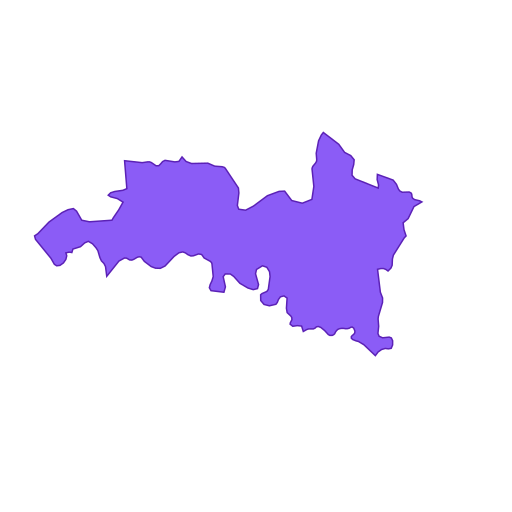 the Metropolitan department of Haute-Garonne, rotated 52°
{"feature_id": "FRA-5298", "entity_name": "Haute-Garonne", "entity_type": "Metropolitan department", "adm_level": 1, "iso_a3": "FRA", "parent_name": "France", "parent_adm1": "", "projection": "albers", "projection_center": [1.234, 43.301], "detail": "fine", "context": "isolated", "style": "filled", "palette": "violet", "viewbox_px": 512, "rotation_deg": 52, "n_neighbors": 0, "source": "natural_earth", "source_scale": "10m", "svg_char_len": 3246}
<svg xmlns="http://www.w3.org/2000/svg" viewBox="0 0 512 512"><g transform="rotate(52 256 256)"><path d="M164.6,380.8L161.2,380.0L154.4,377.3L151.0,377.0L145.7,377.3L141.2,379.1L140.2,382.9L140.6,388.6L137.8,396.0L139.9,399.0L138.5,400.2L137.7,401.3L136.5,403.9L139.3,405.0L141.6,407.9L142.9,412.0L142.7,416.3L142.3,416.9L141.0,419.1L138.4,420.0L131.5,419.0L107.1,419.5L103.8,418.1L104.1,414.2L101.8,398.2L102.4,382.0L103.8,375.6L106.2,370.7L110.2,369.8L120.5,371.3L126.5,366.2L139.1,347.5L137.9,344.5L135.1,335.7L131.7,327.6L125.4,329.9L119.9,334.1L117.1,335.0L116.7,331.6L118.2,327.6L122.3,320.4L123.4,316.3L100.0,300.9L112.4,288.2L115.2,283.3L116.3,281.9L118.0,280.9L123.4,279.2L125.0,277.0L124.7,274.4L124.1,271.5L124.6,268.8L131.9,262.0L134.0,258.5L132.4,253.3L138.5,252.9L143.4,249.9L153.2,236.8L159.8,233.2L164.7,227.8L166.5,226.5L167.8,226.2L191.6,228.0L195.8,230.7L204.7,239.6L208.5,240.8L213.5,236.0L215.1,227.3L215.5,209.9L219.3,198.0L222.5,193.5L234.3,193.7L242.9,187.0L245.8,177.1L236.8,167.6L221.8,158.2L220.9,157.1L220.3,155.9L219.4,151.8L218.6,149.9L217.4,148.8L212.1,145.3L203.7,135.7L200.9,130.1L200.1,126.9L218.9,122.0L228.9,122.4L235.3,119.5L240.6,119.4L244.1,122.7L247.3,127.1L251.5,130.6L256.2,130.4L277.7,117.9L275.5,115.7L270.4,113.5L266.4,110.1L280.6,101.2L286.0,101.2L291.0,102.6L293.4,102.6L295.8,101.5L299.9,95.9L301.8,95.0L303.1,95.2L305.6,96.7L307.0,97.0L309.2,96.3L313.3,93.0L315.5,92.0L314.3,101.1L320.2,113.1L320.4,119.6L326.4,123.2L332.6,125.4L333.0,128.1L339.9,147.2L342.3,150.3L347.1,154.4L348.6,157.1L349.1,161.2L346.6,161.9L344.4,163.2L342.7,165.4L341.3,168.4L361.1,180.3L367.0,182.1L370.5,184.9L378.9,196.7L380.7,198.5L386.9,202.6L392.1,207.6L395.0,208.4L398.4,206.6L401.9,201.0L403.9,199.8L406.9,200.5L410.2,203.1L412.0,206.3L410.7,208.8L408.4,211.1L407.0,214.6L406.8,218.9L408.0,223.3L392.4,225.6L386.4,227.9L384.5,229.4L381.4,231.2L379.5,231.5L378.2,230.5L377.9,229.0L377.9,227.3L377.5,225.7L376.1,224.3L372.9,223.4L371.1,224.0L370.5,225.3L370.3,227.0L369.6,228.6L368.5,230.1L367.0,231.5L365.7,233.1L364.7,234.9L364.2,236.7L364.4,238.6L364.9,240.3L365.7,241.8L365.8,243.0L365.6,244.6L364.0,246.7L362.4,247.4L357.1,247.8L352.2,248.9L349.9,250.3L349.0,252.0L349.2,253.8L348.8,255.6L345.9,259.4L345.2,261.2L344.6,265.2L339.3,263.2L336.3,266.3L334.0,270.3L330.7,271.1L329.7,270.0L328.3,266.9L326.5,265.7L324.9,265.5L319.8,266.3L315.9,264.2L308.3,257.4L304.7,258.5L303.2,261.9L304.1,265.1L305.7,267.8L306.3,270.0L303.5,276.1L299.1,279.5L294.0,279.7L289.4,276.2L289.3,274.4L290.6,269.3L289.9,266.9L280.9,257.6L276.7,255.0L271.6,254.4L267.7,256.9L266.9,263.9L269.7,267.3L280.1,271.6L282.6,274.9L280.8,278.9L276.2,282.1L267.6,285.5L258.5,286.1L254.4,287.3L251.2,291.3L252.1,294.6L261.5,299.1L264.8,303.6L255.6,312.8L252.3,312.3L250.3,309.7L248.5,306.1L245.9,302.4L235.0,295.5L233.8,295.1L232.1,295.3L225.6,298.1L222.1,297.9L221.1,298.1L219.0,300.0L217.3,305.2L215.9,307.3L212.9,308.9L210.1,309.7L207.7,311.2L206.0,314.8L205.9,320.8L207.9,333.8L206.8,339.0L203.7,342.7L199.8,345.1L191.5,347.3L186.2,347.2L184.7,348.5L183.9,350.3L183.4,354.3L182.8,356.3L181.3,358.0L178.0,359.3L176.6,360.9L175.6,367.1L180.1,386.1L171.7,381.1L168.3,380.4L164.6,380.8Z" fill="#8b5cf6" stroke="#5b21b6" stroke-width="1.5"/></g></svg>